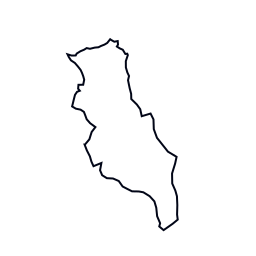 outline of Kannaviou, Paphos, Cyprus, rotated 301°
{"feature_id": "46923920B99178122157900", "entity_name": "Kannaviou", "entity_type": "district", "adm_level": 2, "iso_a3": "CYP", "parent_name": "Cyprus", "parent_adm1": "Paphos", "projection": "robinson", "projection_center": [32.575, 34.907], "detail": "fine", "context": "isolated", "style": "outline", "palette": "ink", "viewbox_px": 256, "rotation_deg": 301, "n_neighbors": 0, "source": "geoboundaries", "source_scale": "gbopen_adm2", "svg_char_len": 1338}
<svg xmlns="http://www.w3.org/2000/svg" viewBox="0 0 256 256"><g transform="rotate(301 128 128)"><path d="M91.4,99.4L87.6,104.3L84.1,109.9L80.4,113.9L77.5,118.1L84.3,123.2L77.4,125.8L74.2,130.2L74.1,135.7L77.0,141.2L77.8,147.4L75.1,153.5L75.4,158.6L75.8,164.1L79.2,170.0L80.8,174.3L80.7,181.7L78.7,188.4L74.2,193.3L67.4,198.4L62.9,204.6L59.7,205.5L58.8,211.1L68.9,215.6L75.1,217.8L79.0,214.7L87.3,210.0L94.7,205.1L98.1,201.5L98.9,200.6L103.2,194.5L111.7,189.2L121.8,186.7L128.3,184.5L128.3,175.8L128.3,174.4L131.2,166.7L134.5,157.9L140.3,150.7L148.5,145.4L152.0,139.9L145.2,133.7L150.4,128.8L152.7,123.5L154.5,115.9L158.9,113.1L163.0,108.9L166.8,105.4L169.0,103.4L173.1,102.1L175.3,98.8L178.8,95.0L184.2,91.7L190.4,90.3L191.3,89.1L190.1,87.6L192.4,83.2L192.0,80.0L192.1,76.5L194.3,76.5L197.2,74.4L194.9,71.8L194.8,68.2L194.9,67.0L190.2,66.4L187.4,64.9L184.4,62.6L182.0,61.1L179.8,58.1L176.3,54.6L175.2,51.4L172.6,50.1L169.3,47.7L165.4,45.7L163.2,45.8L161.0,42.2L160.0,38.2L159.6,38.8L158.3,40.8L156.6,44.3L156.4,48.9L155.0,53.2L153.4,57.4L151.6,60.1L149.3,63.0L146.8,65.6L142.0,67.3L139.5,63.3L136.0,65.0L135.1,67.5L132.8,65.7L129.1,65.5L124.4,66.9L117.7,69.0L117.7,73.3L119.3,77.9L119.1,81.9L117.1,84.5L114.2,88.1L112.6,93.1L112.0,99.6L105.9,98.9L98.4,100.7L91.5,99.6L91.4,99.4Z" fill="none" stroke="#020617" stroke-width="2"/></g></svg>